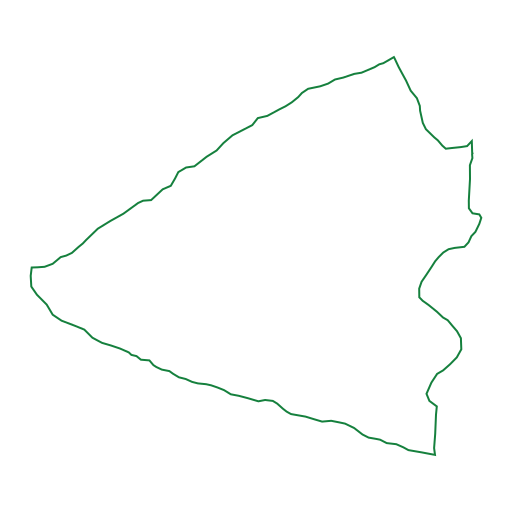 Quba District, Quba, Azerbaijan (Equal Earth projection)
{"feature_id": "54616110B77048085748362", "entity_name": "Quba District", "entity_type": "district", "adm_level": 2, "iso_a3": "AZE", "parent_name": "Azerbaijan", "parent_adm1": "Quba", "projection": "equal_earth", "projection_center": [48.485, 41.2], "detail": "fine", "context": "isolated", "style": "outline", "palette": "green", "viewbox_px": 512, "rotation_deg": 0, "n_neighbors": 0, "source": "geoboundaries", "source_scale": "gbopen_adm2", "svg_char_len": 2162}
<svg xmlns="http://www.w3.org/2000/svg" viewBox="0 0 512 512"><path d="M393.9,57.1L383.3,63.2L379.3,64.3L374.7,67.1L361.5,72.7L354.2,73.9L343.2,77.6L335.0,79.5L328.1,83.6L320.2,86.3L308.1,88.8L301.9,93.0L298.2,97.1L291.8,102.3L285.5,106.3L279.3,109.4L272.1,113.3L267.3,115.9L257.8,118.1L252.3,125.1L232.5,135.3L223.4,143.1L216.6,150.5L206.7,156.7L194.4,166.3L186.1,167.5L178.3,172.1L175.1,178.4L170.8,185.8L162.7,189.3L151.1,200.1L143.1,200.7L138.1,203.0L123.4,213.7L110.3,221.0L97.8,228.7L86.2,239.9L82.8,243.5L78.6,246.9L71.9,252.9L66.2,255.6L60.7,257.1L52.7,263.8L44.6,266.8L37.5,267.3L31.7,267.5L30.7,275.8L31.3,286.6L36.9,294.7L46.7,304.6L52.7,314.7L61.6,320.7L74.7,325.7L84.3,329.6L92.4,337.7L97.2,340.3L102.1,342.9L111.0,345.5L119.9,348.5L128.8,352.4L131.4,354.9L136.5,356.1L140.9,359.7L149.4,360.4L153.4,365.1L156.3,367.0L161.8,369.6L169.4,371.1L173.1,373.8L178.9,377.3L185.7,379.0L192.1,381.9L197.9,383.4L206.1,384.2L211.1,385.3L217.5,387.5L224.0,390.1L230.8,394.3L238.8,395.8L247.9,398.2L258.4,401.3L265.1,400.0L272.8,400.9L277.2,403.6L282.9,408.7L286.6,411.6L290.7,413.9L291.2,414.1L298.6,415.4L305.5,416.6L314.3,419.3L322.1,421.6L331.2,420.8L339.3,422.4L345.0,423.6L354.1,428.0L360.7,433.1L362.5,434.5L368.6,437.6L376.1,438.9L380.1,439.7L386.7,443.1L396.3,444.2L403.3,447.3L408.4,450.1L421.8,452.4L435.0,454.9L434.1,448.1L435.2,433.8L436.0,414.6L436.8,406.4L429.4,400.9L426.5,393.8L431.4,382.6L437.1,373.9L443.1,370.4L450.0,364.3L456.8,357.4L461.3,349.3L460.9,338.2L457.0,331.2L452.2,325.6L447.7,320.2L443.0,317.5L437.1,311.9L428.6,305.0L422.7,300.8L419.3,297.3L419.2,288.6L421.6,281.7L426.2,275.0L431.7,266.7L435.2,261.2L438.7,257.1L443.3,252.5L448.6,249.2L454.7,247.9L464.4,246.8L468.5,242.4L471.4,236.1L475.4,231.9L479.3,223.9L481.3,217.8L479.3,214.4L472.5,213.3L468.9,208.3L468.8,200.6L469.3,191.5L470.0,179.1L469.9,165.2L472.4,158.1L472.1,154.3L472.3,153.8L472.2,153.8L471.8,141.1L467.1,146.1L460.7,147.1L452.0,148.0L445.8,148.7L442.3,145.6L437.8,140.3L434.3,137.4L425.9,129.2L422.8,122.9L420.1,110.7L419.8,105.9L416.9,98.2L410.7,90.7L406.1,80.7L402.0,73.2L398.6,66.9L394.7,58.6L393.9,57.1Z" fill="none" stroke="#15803d" stroke-width="2"/></svg>